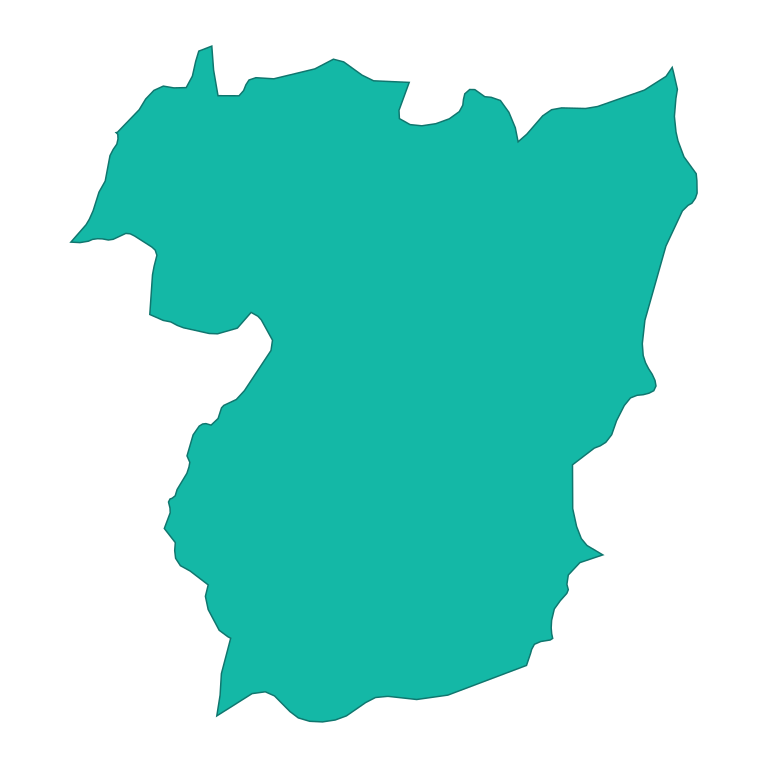 outline of Vila Real
{"feature_id": "PRT-756", "entity_name": "Vila Real", "entity_type": "District", "adm_level": 1, "iso_a3": "PRT", "parent_name": "Portugal", "parent_adm1": "", "projection": "orthographic", "projection_center": [-7.677, 41.533], "detail": "fine", "context": "isolated", "style": "filled", "palette": "teal", "viewbox_px": 768, "rotation_deg": 0, "n_neighbors": 0, "source": "natural_earth", "source_scale": "10m", "svg_char_len": 2500}
<svg xmlns="http://www.w3.org/2000/svg" viewBox="0 0 768 768"><path d="M116.1,132.6L117.4,132.3L139.2,109.7L145.7,99.0L153.9,90.4L163.3,86.1L173.9,87.9L186.2,87.6L192.4,76.1L195.7,61.3L198.8,51.1L211.8,46.1L213.6,70.1L218.0,95.7L239.0,95.8L243.6,90.6L245.9,84.8L249.0,80.0L255.9,77.7L273.8,78.8L314.8,68.9L333.4,59.2L343.7,61.9L362.0,75.1L373.6,80.8L409.2,82.4L399.0,110.3L399.4,118.6L410.1,124.6L421.8,125.8L435.8,123.7L449.3,118.8L459.3,111.6L462.8,105.2L463.5,99.2L464.8,93.8L469.7,89.5L474.8,89.6L484.8,96.7L491.2,97.3L500.4,100.5L508.9,112.3L515.3,127.7L518.1,141.8L526.8,134.2L542.7,115.8L551.6,109.7L561.6,107.9L585.6,108.5L597.6,106.5L644.4,90.1L666.0,76.4L672.2,67.4L673.4,71.9L677.4,89.3L675.9,98.5L674.4,116.4L676.0,132.0L678.0,140.9L684.0,156.9L696.2,173.7L696.9,180.8L697.1,193.1L695.4,198.2L691.9,203.2L688.1,205.3L682.4,210.9L665.9,246.1L644.9,320.3L642.3,343.7L643.2,355.5L645.5,362.7L648.6,368.7L652.2,374.3L655.0,380.4L656.0,386.0L653.8,390.7L649.0,393.2L643.2,394.7L637.1,395.3L630.5,397.9L624.3,405.5L616.6,420.6L611.7,434.7L605.9,442.2L600.3,445.8L594.3,448.1L572.5,464.8L572.7,508.6L576.6,526.5L581.3,538.6L587.0,545.5L602.8,554.9L579.9,562.6L568.3,575.0L566.9,584.3L568.3,589.7L566.8,593.4L560.2,600.8L554.3,609.0L551.6,620.4L551.2,627.9L551.7,633.8L552.7,638.4L550.2,640.0L540.8,641.5L534.4,644.3L531.7,649.3L530.5,653.6L526.5,665.4L447.9,695.1L416.7,699.5L388.6,696.4L387.0,696.4L375.5,697.5L365.6,702.6L346.4,715.9L335.2,720.0L322.5,721.9L309.7,721.3L298.3,717.9L290.0,711.6L274.5,695.9L265.3,691.8L252.1,693.6L216.8,715.9L220.1,695.1L221.4,673.6L230.7,638.2L227.8,636.7L219.2,630.3L208.2,609.6L205.4,596.3L208.2,584.9L190.1,571.0L180.4,565.7L175.6,558.3L174.7,550.5L175.3,542.6L164.3,528.5L170.2,512.8L170.0,508.1L168.5,502.0L170.0,499.0L172.2,498.2L175.2,495.8L177.1,489.5L186.9,473.3L189.0,466.9L189.8,462.3L187.0,455.9L193.1,434.9L199.2,426.1L202.6,424.0L205.9,423.6L211.1,425.1L218.1,418.5L221.5,407.9L223.8,405.4L236.3,399.5L244.4,390.7L271.0,350.5L272.5,340.2L261.3,319.9L257.9,316.2L251.1,312.4L237.4,328.1L217.6,333.8L209.2,333.5L183.6,327.8L177.3,325.4L170.7,321.9L163.2,320.4L149.8,314.5L152.5,274.8L154.1,266.3L156.9,255.3L155.2,250.1L151.8,247.0L134.6,236.0L130.2,233.8L125.8,233.4L113.2,239.3L108.4,240.0L102.5,238.9L97.5,238.7L92.5,239.4L88.4,241.2L80.0,242.6L70.9,242.1L86.1,224.7L89.4,219.1L93.1,210.8L99.0,192.1L105.2,181.1L110.0,155.6L113.2,149.4L116.8,144.2L118.0,138.9L117.8,134.3L116.1,132.6Z" fill="#14b8a6" stroke="#0f766e" stroke-width="1.5"/></svg>